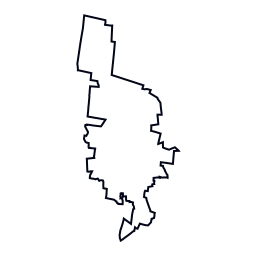 outline of Baca, Yucatán, Mexico
{"feature_id": "50627088B9866557271216", "entity_name": "Baca", "entity_type": "district", "adm_level": 2, "iso_a3": "MEX", "parent_name": "Mexico", "parent_adm1": "Yucatán", "projection": "robinson", "projection_center": [-89.395, 21.134], "detail": "fine", "context": "isolated", "style": "outline", "palette": "ink", "viewbox_px": 256, "rotation_deg": 0, "n_neighbors": 0, "source": "geoboundaries", "source_scale": "gbopen_adm2", "svg_char_len": 5160}
<svg xmlns="http://www.w3.org/2000/svg" viewBox="0 0 256 256"><path d="M178.7,150.8L178.4,150.4L174.9,147.3L172.9,148.1L171.1,148.8L169.0,149.7L168.1,149.4L167.2,149.1L164.9,148.3L163.0,147.5L163.0,146.8L162.9,144.9L162.9,142.2L161.9,142.6L161.7,142.7L161.2,142.9L160.7,143.1L160.3,143.2L160.0,143.3L159.5,143.5L159.1,143.7L158.2,144.0L158.2,143.7L158.5,142.6L158.7,141.6L159.1,139.8L159.4,138.8L159.6,137.8L160.1,135.8L160.6,133.6L160.2,133.5L159.8,133.3L159.4,133.2L158.9,133.0L157.8,132.7L156.9,132.4L156.5,132.3L155.6,132.0L155.1,131.8L153.7,131.5L152.6,131.2L151.5,130.9L151.0,130.8L151.2,129.7L151.3,127.6L151.3,126.7L151.2,125.4L158.3,124.3L157.8,118.0L157.5,115.5L157.5,114.7L159.7,114.7L161.6,114.8L161.6,113.5L161.6,113.3L161.3,111.3L161.2,110.1L160.9,108.0L160.4,102.7L159.6,101.6L159.0,100.8L157.8,99.0L157.5,98.5L157.6,98.1L157.2,97.6L149.5,93.0L150.7,90.0L146.9,89.0L144.6,89.3L142.3,88.8L143.4,85.3L139.7,84.1L132.1,81.6L123.1,78.7L116.7,76.6L111.7,75.0L112.0,72.2L112.6,66.1L113.0,62.5L113.0,62.4L114.0,52.6L114.5,46.7L114.9,42.0L111.5,41.5L112.2,25.5L110.9,25.6L105.0,24.8L105.1,24.2L105.5,22.5L105.4,20.2L97.1,18.3L84.2,15.4L82.9,28.3L81.4,36.9L79.9,46.3L79.4,49.9L77.3,64.0L77.7,66.2L77.9,69.8L77.9,70.0L77.9,70.3L78.5,70.3L91.3,73.1L91.2,73.6L91.0,76.3L90.6,80.0L97.4,81.1L97.5,82.0L97.6,82.6L97.8,83.3L98.0,83.9L98.6,85.1L98.7,85.5L98.7,86.4L98.7,86.9L90.1,86.3L89.7,91.2L89.7,91.6L89.6,92.5L89.6,93.4L89.3,95.4L89.3,96.0L89.4,96.3L89.4,96.7L89.3,97.9L89.2,98.8L89.1,99.6L89.1,100.4L89.0,101.3L88.9,102.0L88.8,103.7L88.6,105.4L88.5,106.3L88.3,108.2L88.3,109.2L88.2,110.2L88.1,111.5L88.0,112.1L87.7,115.5L87.6,116.5L88.4,116.7L89.1,116.8L89.8,116.9L90.6,117.0L92.2,117.3L93.4,117.5L94.8,117.8L97.0,118.1L99.7,118.6L101.9,119.0L102.7,119.1L105.5,119.6L103.8,122.3L103.6,122.5L102.4,124.4L101.5,125.7L100.9,126.4L94.9,125.7L94.6,125.7L94.2,125.6L93.2,125.5L90.2,125.0L86.9,124.6L86.9,125.0L85.4,125.0L85.2,125.9L85.1,126.4L86.2,128.6L88.0,132.0L87.7,133.5L86.2,135.9L85.8,135.8L84.5,135.5L84.0,139.0L84.6,140.2L85.5,141.9L86.0,142.3L86.6,142.6L87.2,142.7L87.4,142.7L87.5,142.7L87.7,142.8L87.9,142.9L88.2,143.0L88.6,143.0L88.7,143.8L88.7,145.2L88.7,145.3L88.7,145.7L88.6,146.0L88.5,146.3L88.7,147.4L88.7,147.6L88.8,147.9L89.3,148.0L89.7,148.0L90.2,148.0L90.4,147.9L90.7,148.1L95.2,148.5L95.2,148.9L94.8,150.4L94.8,150.8L94.7,151.1L94.8,151.4L94.6,152.2L94.2,155.7L94.1,155.8L93.9,156.1L94.3,157.9L87.6,158.6L86.8,158.7L86.8,158.8L86.9,160.0L87.0,162.9L87.1,166.0L87.3,170.4L87.3,170.5L87.4,171.5L87.9,171.6L88.8,171.7L89.7,171.6L90.5,171.3L91.9,171.3L92.1,171.3L91.0,173.6L90.9,173.7L90.1,175.0L90.1,176.0L89.8,177.1L89.8,177.4L89.8,178.1L90.7,178.3L91.3,178.5L93.5,178.7L95.3,179.3L95.5,179.2L97.8,178.6L98.4,179.4L98.7,179.8L98.8,180.5L99.3,180.8L99.5,180.6L100.8,180.3L101.6,180.2L102.9,180.5L103.1,181.1L103.4,181.7L103.3,185.0L103.4,188.2L104.2,188.5L105.6,188.5L106.8,188.9L106.4,195.3L105.9,198.0L114.0,199.7L116.1,201.4L116.6,201.6L116.6,201.9L116.6,202.2L117.1,203.0L117.5,203.2L118.0,203.4L118.8,203.7L118.7,204.0L122.6,204.2L122.7,203.5L122.7,201.6L122.7,200.3L122.2,199.6L122.2,198.0L120.5,198.3L120.7,197.5L120.6,197.2L120.7,196.7L120.3,196.4L120.5,195.5L120.6,194.8L120.6,194.6L120.6,193.9L121.3,194.0L121.3,193.2L122.9,193.3L122.9,194.3L123.0,195.2L122.9,196.2L122.9,196.6L123.4,196.6L124.7,196.4L125.5,196.3L126.0,196.3L126.1,200.1L126.3,200.7L126.4,200.9L129.5,201.0L129.6,202.0L129.9,201.9L130.3,202.0L131.5,202.0L133.0,202.5L132.8,203.8L132.8,204.4L133.7,206.2L133.9,206.9L133.9,207.1L134.2,208.7L133.3,209.0L132.2,214.0L131.0,223.9L123.8,218.6L123.7,219.5L122.5,224.0L121.2,228.0L120.4,230.3L119.8,233.9L119.7,234.6L119.6,235.1L119.6,235.6L119.8,236.5L119.8,238.0L119.9,238.3L120.5,239.7L120.7,240.6L121.1,240.4L121.5,240.2L121.8,240.0L122.2,239.6L122.7,239.3L123.2,239.0L124.4,238.0L125.4,237.3L126.6,236.4L127.3,235.9L128.8,234.8L134.0,230.7L134.3,230.8L135.0,227.3L136.3,228.4L137.6,228.7L137.9,228.0L138.1,227.5L139.9,223.6L141.8,224.2L145.2,225.1L148.1,225.4L151.0,222.3L151.1,221.9L151.1,221.4L151.2,221.1L151.3,220.8L151.2,220.5L151.4,220.1L151.4,219.9L151.6,219.5L151.6,218.9L152.0,218.9L153.0,218.3L153.6,218.2L153.7,217.9L154.1,217.9L154.2,217.3L154.4,216.4L154.5,214.1L154.8,212.9L150.7,211.4L150.4,211.4L150.3,211.2L150.4,210.6L148.9,206.6L146.5,199.7L146.5,198.6L146.3,197.9L144.0,197.0L144.2,196.2L144.2,194.6L144.7,191.8L145.2,190.7L147.8,191.1L148.3,187.0L152.4,186.2L152.2,185.5L152.2,184.6L152.3,184.3L154.2,184.0L154.0,183.3L154.5,180.8L154.3,180.6L153.5,180.6L153.6,177.9L158.2,177.4L159.7,177.8L159.6,176.8L160.9,177.2L161.2,177.3L161.4,177.4L161.6,177.4L162.2,177.6L163.4,177.5L164.0,177.4L164.4,177.4L164.7,177.4L165.3,177.5L165.8,177.5L166.3,177.4L166.5,177.5L167.2,177.6L167.6,177.8L167.7,177.0L167.6,176.7L167.4,176.1L167.5,175.3L167.5,175.0L166.9,174.4L166.7,174.1L166.5,173.7L164.9,170.7L165.0,170.5L164.5,169.4L163.7,168.1L163.2,167.2L163.0,165.9L160.6,165.6L160.9,162.2L163.8,162.6L167.0,163.0L167.3,163.1L168.1,163.2L169.1,163.3L169.5,163.4L170.7,163.6L171.0,163.6L172.9,163.9L173.2,160.4L174.0,151.0L178.4,150.8L178.5,150.8L178.7,150.8Z" fill="none" stroke="#020617" stroke-width="2"/></svg>